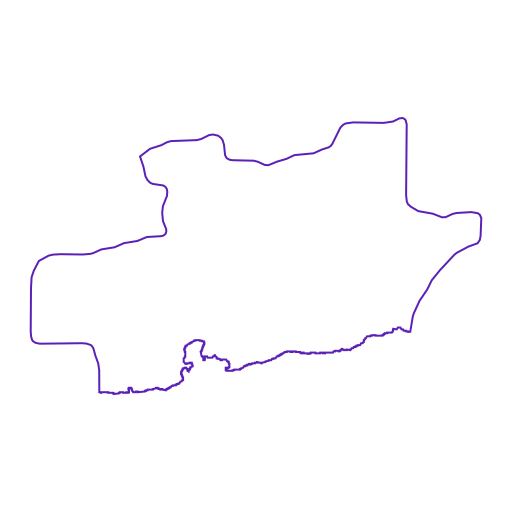 San Pedro de Macorís, San Pedro de Macorís, Dominican Republic (Natural Earth projection)
{"feature_id": "3306468B30679779198976", "entity_name": "San Pedro de Macorís", "entity_type": "district", "adm_level": 2, "iso_a3": "DOM", "parent_name": "Dominican Republic", "parent_adm1": "San Pedro de Macorís", "projection": "natural_earth1", "projection_center": [-69.289, 18.484], "detail": "fine", "context": "isolated", "style": "outline", "palette": "violet", "viewbox_px": 512, "rotation_deg": 0, "n_neighbors": 0, "source": "geoboundaries", "source_scale": "gbopen_adm2", "svg_char_len": 6102}
<svg xmlns="http://www.w3.org/2000/svg" viewBox="0 0 512 512"><path d="M140.0,156.5L143.4,166.5L145.5,176.4L147.5,180.1L150.3,182.8L152.7,183.9L163.4,185.5L165.6,187.0L166.9,189.3L167.3,191.9L166.9,196.1L162.9,206.2L162.2,212.9L163.0,221.1L166.2,229.2L166.3,231.7L165.4,234.1L163.3,235.6L160.9,236.2L146.9,237.0L137.2,241.0L124.1,243.1L114.5,247.3L101.4,249.4L93.2,253.1L90.3,253.9L82.7,254.5L60.7,254.2L53.1,254.6L48.7,255.6L38.9,260.9L33.8,270.7L31.6,277.2L31.0,288.0L30.7,332.0L31.2,336.9L32.1,339.9L33.0,341.2L35.5,342.8L39.7,343.7L82.1,343.2L86.6,343.6L90.7,345.0L91.8,345.9L93.4,348.4L95.4,355.7L98.2,363.3L99.2,370.1L99.3,392.2L100.8,392.2L100.8,392.8L101.3,392.8L101.3,392.2L108.2,392.2L108.2,392.8L113.0,392.8L113.0,393.4L114.1,393.4L114.1,394.0L118.9,393.4L118.9,392.8L119.9,392.8L119.9,392.2L123.1,392.2L123.1,392.8L126.3,392.8L126.3,392.2L127.4,392.2L127.4,392.8L128.4,392.8L128.4,392.2L129.0,392.2L129.0,389.6L128.4,389.6L128.4,388.4L129.0,388.4L129.0,387.8L131.1,387.8L131.1,388.4L131.6,388.4L131.6,389.6L132.1,389.6L132.1,390.9L133.2,391.5L133.2,392.2L135.9,392.2L135.9,391.5L138.0,391.5L138.0,392.2L144.9,391.5L144.9,390.9L146.0,390.9L146.0,390.3L147.6,390.3L147.6,389.6L152.9,389.6L152.9,389.0L156.0,388.4L156.0,387.8L157.7,387.8L157.7,388.4L158.7,388.4L158.7,389.0L160.3,389.0L160.3,389.6L160.8,389.6L160.8,389.0L162.4,389.0L162.4,389.6L165.6,390.3L165.6,389.6L166.7,389.6L166.7,389.0L167.7,389.0L167.7,388.4L168.8,388.4L168.8,387.8L169.9,387.8L169.9,387.1L170.9,387.1L171.5,385.9L173.1,385.9L173.1,385.3L175.7,385.3L175.7,384.6L176.8,384.6L176.8,384.0L178.4,384.0L178.4,383.4L179.4,383.4L180.5,381.5L181.6,381.5L182.1,380.2L183.1,380.2L183.1,377.7L182.6,377.7L182.6,376.5L182.1,376.5L182.1,375.2L181.6,375.2L181.6,374.0L181.0,374.0L181.0,372.1L181.6,372.1L181.6,370.8L182.1,370.8L182.1,370.2L182.6,370.2L182.6,368.9L183.1,368.9L183.1,368.3L184.7,368.3L184.7,367.7L186.3,367.7L186.9,368.9L187.4,368.9L187.4,370.8L188.5,371.5L188.5,370.8L189.5,370.2L189.5,368.9L190.1,368.9L190.1,367.7L190.6,367.7L190.6,367.1L192.7,366.4L192.7,365.8L192.2,365.8L192.2,363.9L191.7,363.9L191.7,362.7L189.5,362.7L189.5,363.3L186.9,363.3L186.9,363.9L185.3,363.9L184.7,362.7L183.7,362.0L183.7,358.3L184.8,357.7L184.8,356.4L185.3,356.4L185.3,352.0L184.8,352.0L184.8,350.1L184.2,350.1L184.2,348.9L184.8,348.9L184.8,347.6L185.3,347.6L185.3,346.4L185.8,346.4L185.8,345.7L186.9,345.7L187.4,344.5L189.5,343.9L189.5,343.2L190.6,343.2L190.6,342.6L191.7,342.6L191.7,342.0L193.8,341.3L193.8,340.7L195.4,340.7L195.4,340.1L199.6,340.1L199.6,340.7L201.8,340.7L201.8,341.3L203.9,341.3L203.9,342.6L204.4,342.6L204.4,343.9L203.9,343.9L203.9,345.1L203.3,345.1L203.3,346.4L202.8,346.4L202.8,347.6L202.3,347.6L202.3,349.5L201.8,349.5L201.8,350.8L201.2,350.8L201.2,352.0L200.7,352.0L201.7,356.4L202.8,356.4L202.8,357.0L203.9,357.7L203.9,358.3L203.3,358.3L203.3,360.2L204.4,360.2L204.4,359.5L204.9,359.5L204.9,356.4L207.1,356.4L207.6,357.7L212.4,357.7L212.9,356.4L214.0,356.4L214.5,355.1L215.0,355.1L215.6,356.4L216.6,357.0L216.6,358.3L217.7,358.3L217.7,358.9L219.8,358.9L220.3,360.2L221.9,360.2L221.9,359.5L226.2,359.5L227.2,361.4L228.3,361.4L228.3,362.0L228.8,362.0L228.8,363.9L229.4,363.9L229.4,367.1L228.8,367.1L228.8,367.7L227.8,367.7L227.8,368.3L227.2,368.3L227.2,367.7L225.7,367.7L225.7,370.2L226.7,370.2L226.7,370.8L232.6,370.8L232.6,370.2L234.2,370.2L234.2,369.6L240.0,369.6L240.0,368.9L241.1,368.9L241.1,368.3L243.2,367.7L243.7,366.4L244.8,366.4L244.8,365.8L246.4,365.8L246.4,365.2L247.4,365.2L247.4,364.6L249.0,364.6L249.0,363.9L249.6,363.9L249.6,364.6L250.6,364.6L250.6,363.9L252.2,363.9L252.2,363.3L254.9,363.3L254.9,362.7L257.0,362.7L257.0,362.0L257.5,362.0L257.5,362.7L261.2,362.7L261.2,363.3L261.8,363.3L261.8,362.7L265.5,362.0L265.5,361.4L268.7,360.8L268.7,360.2L271.3,360.2L271.9,358.9L273.5,358.9L273.5,358.3L275.6,358.3L276.7,356.4L278.2,356.4L278.2,355.8L279.3,355.8L279.3,355.1L280.4,355.1L280.4,354.5L281.4,354.5L281.4,353.9L282.5,353.9L282.5,353.3L284.6,352.6L284.6,352.0L286.7,352.0L286.7,351.4L290.5,351.4L290.5,352.0L292.6,352.0L292.6,351.4L295.8,351.4L295.8,352.0L300.0,352.0L300.0,352.6L301.1,352.6L301.1,353.3L302.2,353.3L302.2,352.6L303.7,352.6L303.7,353.3L307.5,353.3L307.5,353.9L309.6,353.9L309.6,353.3L310.7,353.3L310.7,352.6L315.4,352.6L315.4,353.3L320.2,353.3L320.2,352.6L322.9,352.6L322.9,353.3L325.0,353.3L325.0,352.6L333.0,352.6L333.5,351.4L335.1,351.4L335.1,350.8L338.8,350.8L338.8,351.4L339.4,351.4L339.4,350.8L340.4,350.8L340.4,350.1L340.9,350.1L341.5,348.9L342.0,348.9L342.0,349.5L343.6,349.5L343.6,350.1L346.8,350.1L346.8,349.5L350.0,350.1L350.0,349.5L351.0,349.5L351.6,348.2L353.2,348.2L353.7,347.0L355.3,347.0L355.3,346.4L356.4,346.4L356.4,345.7L357.9,345.7L357.9,345.1L360.1,345.1L361.1,343.2L362.7,343.2L363.3,342.0L363.8,342.0L363.8,340.1L364.3,340.1L364.3,339.5L365.4,338.8L365.4,338.2L365.9,338.2L367.0,336.3L370.2,336.3L370.2,335.7L372.3,335.7L372.3,335.1L375.5,335.1L375.5,335.7L382.4,335.7L382.4,335.1L383.4,335.1L383.4,334.4L384.0,334.4L384.0,333.8L385.0,333.8L385.0,333.2L387.2,333.2L387.2,332.6L391.9,332.6L392.5,331.3L393.0,331.3L393.0,329.4L393.5,329.4L393.5,328.8L396.7,329.4L397.8,327.5L400.4,327.5L401.5,329.4L403.1,329.4L403.6,330.7L405.8,330.7L405.8,331.3L407.9,331.3L407.9,331.9L410.0,331.9L410.1,332.6L412.8,316.5L413.8,313.3L419.6,300.7L427.2,289.5L431.8,280.2L440.0,270.1L454.4,254.7L456.8,252.8L468.4,246.6L477.5,243.3L479.8,240.0L480.6,235.7L481.3,218.0L479.8,214.7L477.8,213.2L471.2,212.1L456.5,213.0L452.4,214.0L445.8,217.1L442.0,217.3L432.8,213.7L418.2,211.1L410.8,206.7L408.0,204.2L406.8,201.5L406.1,195.2L406.7,124.3L405.6,120.2L404.7,119.1L402.6,118.0L399.3,118.4L393.1,121.5L383.6,122.9L353.4,122.4L345.8,123.4L343.3,124.7L340.5,127.4L332.3,143.9L330.8,145.9L328.8,147.3L321.7,149.6L313.6,153.3L294.5,155.1L286.4,158.9L277.4,161.5L268.4,165.2L264.6,164.9L258.0,161.8L253.7,160.7L232.5,160.2L229.8,159.8L227.4,158.6L226.4,157.7L225.1,155.2L224.0,144.8L222.7,140.4L221.3,138.2L218.2,135.7L213.0,134.5L209.1,135.1L201.2,139.0L196.9,140.1L170.9,141.1L166.9,142.3L161.3,145.2L150.0,148.8L140.0,156.5Z" fill="none" stroke="#5b21b6" stroke-width="2"/></svg>